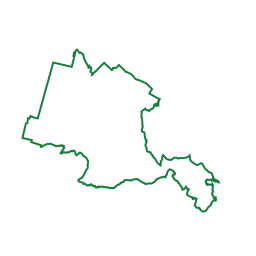 outline of Ghidfalau, Covasna, Romania, rotated 102°
{"feature_id": "2599482B32628699176432", "entity_name": "Ghidfalau", "entity_type": "district", "adm_level": 2, "iso_a3": "ROU", "parent_name": "Romania", "parent_adm1": "Covasna", "projection": "albers", "projection_center": [25.894, 45.924], "detail": "fine", "context": "isolated", "style": "outline", "palette": "green", "viewbox_px": 256, "rotation_deg": 102, "n_neighbors": 0, "source": "geoboundaries", "source_scale": "gbopen_adm2", "svg_char_len": 5833}
<svg xmlns="http://www.w3.org/2000/svg" viewBox="0 0 256 256"><g transform="rotate(102 128 128)"><path d="M161.9,219.7L162.9,209.5L164.6,209.4L164.4,208.3L162.9,207.1L161.1,204.5L160.3,203.6L160.2,202.4L159.5,200.5L159.5,200.2L160.0,197.9L160.1,196.8L160.4,195.6L160.9,194.6L160.3,193.4L160.2,192.5L159.5,190.8L159.2,190.8L158.9,190.4L158.7,188.1L158.9,187.2L159.7,187.8L160.3,186.4L161.4,186.5L165.7,188.4L165.8,187.7L166.1,187.5L166.7,188.0L166.7,187.6L165.1,186.0L165.0,185.2L165.2,184.5L165.1,183.8L164.2,181.8L164.2,181.2L163.4,179.9L162.5,179.3L162.2,178.9L162.2,178.2L162.4,177.6L161.4,176.7L161.6,175.7L162.5,174.8L164.3,173.9L165.4,172.7L162.1,170.0L162.0,169.7L162.6,167.8L163.5,166.9L164.3,166.4L165.8,162.7L168.9,160.0L173.2,159.7L174.5,159.2L175.5,159.1L178.8,160.6L180.1,160.5L180.9,161.0L184.3,161.8L186.8,163.1L187.5,164.3L188.2,164.7L188.9,165.6L189.7,165.7L190.6,164.8L190.8,161.8L191.2,159.9L191.5,159.3L191.8,159.4L191.5,158.6L192.0,157.8L192.1,157.0L192.4,156.4L192.7,156.3L192.7,155.5L191.9,154.3L191.8,153.4L191.5,153.1L191.8,153.1L191.4,152.5L191.2,152.8L191.1,152.6L191.2,152.0L190.9,151.8L191.7,150.2L192.2,149.9L191.7,148.7L192.1,148.1L191.8,147.8L192.0,147.6L192.4,147.8L192.8,147.5L192.9,146.7L192.6,146.4L192.3,145.1L191.7,145.2L191.5,144.9L191.3,144.3L191.7,143.4L191.4,143.0L190.5,140.8L190.8,140.4L190.6,138.4L190.7,136.9L190.5,136.7L190.6,136.3L190.1,135.6L190.4,134.7L190.6,133.2L190.0,132.0L190.0,130.1L189.6,129.8L189.7,129.3L188.9,128.6L188.1,128.4L187.0,127.1L185.9,126.5L185.3,125.6L185.2,125.1L184.9,125.1L184.7,124.5L183.0,123.6L182.7,123.1L182.9,122.8L182.3,122.5L181.5,120.9L180.0,120.8L179.7,120.4L179.3,119.5L179.2,117.2L178.7,116.2L178.8,115.7L178.6,115.2L178.8,113.9L178.4,113.4L177.7,113.1L177.5,112.3L176.8,111.3L176.5,109.5L176.1,108.8L176.1,107.7L176.4,107.5L176.5,106.6L177.0,106.2L177.9,103.1L178.4,102.1L178.6,100.1L178.9,99.8L179.2,98.9L177.7,95.8L177.7,94.6L177.5,93.7L175.4,91.0L174.9,90.9L173.7,89.8L173.2,89.8L171.6,89.0L171.3,88.0L170.5,86.9L169.6,86.0L169.1,84.3L168.4,83.5L168.2,82.9L168.6,81.5L168.2,81.1L166.8,81.0L165.1,80.2L163.5,80.4L162.6,80.3L161.9,79.8L160.6,79.4L159.8,78.7L159.8,77.5L160.2,76.4L160.4,75.2L160.8,74.5L161.7,73.9L161.9,73.1L162.9,72.5L163.5,72.6L164.0,72.8L164.0,73.1L163.8,73.4L164.4,74.4L164.9,74.5L165.6,74.1L166.2,74.3L166.6,73.6L167.2,73.3L168.1,72.4L169.1,71.0L169.5,69.9L169.5,68.9L170.6,67.7L171.0,67.7L171.4,66.7L173.0,65.2L175.0,62.9L177.0,61.9L176.2,60.5L175.3,60.2L174.5,59.5L173.4,59.1L174.2,58.4L174.5,57.8L175.2,57.6L175.7,56.9L175.3,56.2L175.6,55.7L176.5,56.4L180.1,56.6L180.6,56.5L181.3,55.8L182.2,53.2L182.3,51.1L182.7,50.6L182.7,50.2L183.0,49.8L183.3,50.4L184.1,49.8L184.1,49.5L183.7,48.9L182.5,48.6L183.0,46.2L184.3,46.4L186.2,46.2L187.9,46.6L189.6,46.7L190.7,45.3L191.5,44.9L191.5,44.5L191.7,43.5L191.3,42.7L191.5,42.4L191.3,41.6L191.9,41.1L192.1,41.1L192.2,40.6L192.8,40.4L194.1,38.1L194.1,37.0L193.1,34.9L190.0,33.4L188.9,33.1L186.6,31.2L185.8,30.9L185.1,31.0L182.2,30.0L181.0,29.2L180.9,27.5L180.7,27.1L180.3,26.9L179.9,27.0L179.7,28.0L177.8,27.6L177.7,28.5L178.3,29.5L178.0,29.5L175.6,31.8L174.4,32.2L172.6,31.5L171.5,32.3L171.2,32.3L170.9,32.6L169.1,32.6L166.6,33.3L166.1,33.1L165.5,33.4L165.2,33.8L166.4,33.8L166.1,35.2L166.6,37.0L166.5,37.5L167.2,38.4L167.2,38.6L167.1,38.8L166.5,38.4L166.1,38.4L166.0,38.7L166.3,39.0L166.2,39.7L164.0,40.9L163.7,40.6L163.2,40.7L163.1,40.2L162.1,40.1L161.8,39.4L161.9,37.5L161.4,36.7L161.4,35.9L161.1,35.5L161.2,35.2L162.2,34.8L162.1,34.2L161.4,34.3L161.6,34.1L161.4,32.3L161.8,31.7L163.2,31.5L161.8,31.5L161.9,31.3L161.7,30.8L161.9,30.4L161.7,30.0L161.9,29.2L162.4,28.2L162.3,27.8L160.9,29.3L160.7,30.9L160.8,31.6L160.2,32.5L160.1,33.5L158.1,34.4L157.0,35.6L156.0,35.9L154.8,36.9L154.6,37.4L154.4,39.5L154.2,40.3L153.2,41.4L152.2,43.7L147.7,47.9L147.3,48.6L147.3,49.3L147.5,49.7L148.7,50.9L149.9,52.5L150.0,53.4L149.7,54.2L147.7,58.7L147.0,59.9L146.4,60.3L142.0,62.0L144.0,63.5L145.2,65.6L146.2,68.6L146.5,70.7L147.4,72.4L147.0,74.8L147.2,75.7L147.5,76.4L148.4,77.5L150.2,79.1L150.4,79.7L150.6,82.2L150.1,83.8L149.7,84.8L148.4,86.1L147.8,87.3L147.2,88.0L149.2,88.5L150.2,88.2L152.0,88.2L153.2,88.7L154.5,88.8L157.8,88.4L157.5,89.3L155.6,92.5L152.9,94.6L151.9,95.9L150.6,98.0L149.8,97.9L148.6,99.9L147.1,101.0L147.0,102.7L147.2,103.5L146.7,104.6L143.3,105.9L142.3,106.9L141.3,107.4L137.9,106.9L137.7,106.9L137.4,107.4L136.0,107.3L135.7,107.7L135.4,108.6L135.1,108.8L133.8,109.2L133.1,109.7L129.2,110.9L128.8,111.5L128.7,112.5L128.3,113.6L127.4,114.0L127.0,114.2L123.4,113.8L122.0,114.6L116.1,116.1L115.0,116.7L114.4,117.2L110.9,117.6L109.6,118.2L108.9,118.1L105.5,115.2L106.0,114.9L106.8,113.2L106.4,111.9L107.0,111.0L106.9,110.7L105.6,110.2L103.4,107.5L101.6,107.0L99.9,107.2L98.4,105.6L98.2,105.2L98.4,104.9L100.3,105.1L100.7,104.8L100.6,104.5L99.5,104.3L99.5,103.0L98.7,103.3L98.2,103.9L98.1,103.5L97.5,103.8L97.1,103.4L96.3,103.8L95.3,103.9L95.0,103.8L95.1,103.4L94.5,103.2L93.7,103.5L93.1,103.1L92.5,105.9L89.8,114.3L84.9,112.6L81.5,117.9L80.7,119.3L79.1,126.0L78.7,130.2L78.2,131.3L75.9,134.1L74.4,136.5L74.2,138.0L73.7,139.4L73.4,142.4L72.0,143.9L68.3,150.0L70.2,151.1L71.8,152.4L72.0,152.6L71.9,153.8L72.3,155.1L72.7,155.2L73.4,154.9L74.7,155.9L69.2,164.9L78.3,170.8L81.9,173.4L83.4,173.9L83.6,174.2L82.0,174.3L81.1,175.4L81.0,176.2L80.3,176.7L78.2,176.2L77.0,176.4L76.5,176.7L76.2,177.9L75.6,178.5L77.2,178.7L77.4,179.0L77.2,179.3L75.5,179.9L73.4,182.2L72.2,182.9L71.6,183.8L69.9,184.7L69.2,185.3L67.3,186.3L65.6,186.9L65.2,187.2L65.2,187.6L64.0,190.0L64.0,190.3L64.6,191.1L61.9,194.1L62.2,194.6L65.4,196.2L65.5,195.2L66.9,195.3L66.8,196.3L68.9,196.4L68.9,195.3L79.9,195.8L79.5,214.7L137.3,218.3L137.1,218.9L137.6,220.3L136.6,225.8L139.2,226.3L139.3,227.9L144.1,227.4L144.7,228.8L159.7,229.1L159.9,219.6L161.9,219.7Z" fill="none" stroke="#15803d" stroke-width="2"/></g></svg>